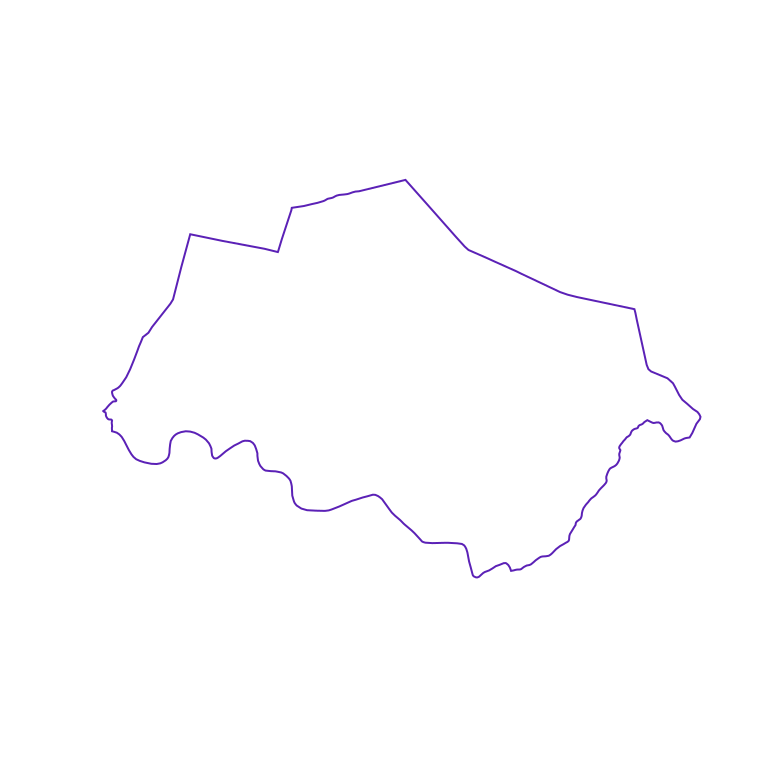 the district of Duc Hue, Long An, Vietnam, rotated 142°
{"feature_id": "81297802B23772600550478", "entity_name": "Duc Hue", "entity_type": "district", "adm_level": 2, "iso_a3": "VNM", "parent_name": "Vietnam", "parent_adm1": "Long An", "projection": "orthographic", "projection_center": [106.28, 10.865], "detail": "fine", "context": "isolated", "style": "outline", "palette": "violet", "viewbox_px": 768, "rotation_deg": 142, "n_neighbors": 0, "source": "geoboundaries", "source_scale": "gbopen_adm2", "svg_char_len": 5458}
<svg xmlns="http://www.w3.org/2000/svg" viewBox="0 0 768 768"><g transform="rotate(142 384 384)"><path d="M627.4,514.2L626.4,512.9L624.5,510.1L623.6,507.2L623.3,504.3L623.3,503.4L623.8,498.9L624.5,495.4L625.7,489.1L626.3,484.1L626.3,480.8L625.6,477.3L623.8,473.8L621.0,469.7L616.5,464.4L612.4,460.9L609.1,459.2L606.7,458.6L603.0,458.3L600.7,458.5L599.0,459.1L597.4,460.2L595.5,461.8L592.9,464.8L589.7,468.1L587.1,470.4L584.0,471.7L581.4,472.3L579.2,472.4L576.9,472.1L573.5,471.0L569.3,468.8L566.0,465.8L563.3,462.2L561.7,459.0L559.4,453.1L558.6,449.8L558.4,445.0L559.0,442.0L559.8,439.3L561.7,436.6L563.5,433.4L563.7,432.2L563.7,431.2L563.7,430.4L563.5,430.0L563.0,429.3L562.3,428.8L561.4,428.4L560.2,428.2L557.4,428.1L550.1,428.4L545.0,428.1L543.6,428.0L539.8,427.7L535.6,426.8L530.9,426.0L528.6,425.0L526.1,422.9L524.6,421.3L523.6,418.3L523.6,416.1L523.7,415.0L524.8,411.4L526.4,407.4L528.0,405.3L530.5,401.1L531.5,397.8L531.9,395.5L531.7,392.1L531.6,391.1L531.3,390.2L530.7,388.8L529.1,387.2L526.7,384.9L523.3,382.0L521.8,380.3L519.5,377.6L518.5,375.7L517.5,371.7L517.1,368.4L517.1,366.9L517.3,365.3L518.4,362.6L519.6,360.2L525.0,352.5L527.1,347.3L527.6,345.6L527.7,343.5L527.6,341.9L525.8,336.7L522.3,331.9L515.4,325.9L508.7,320.4L505.5,318.5L505.3,318.4L502.6,317.4L494.6,315.0L482.0,311.9L481.0,311.6L477.3,310.1L470.7,307.7L466.1,305.7L460.9,303.6L459.1,302.0L457.7,299.4L457.0,297.2L456.4,294.3L456.5,292.2L456.9,282.0L457.0,277.9L456.4,273.4L455.1,267.1L454.9,265.7L454.5,262.0L454.2,260.3L452.4,251.7L451.8,247.7L451.1,238.9L451.0,236.6L450.4,235.3L449.1,233.5L443.8,228.8L434.5,221.9L431.6,219.7L424.4,213.4L421.1,210.0L420.2,207.6L420.2,206.0L420.6,203.6L422.0,199.9L426.2,191.8L428.6,186.0L431.1,180.2L431.8,178.4L431.6,176.9L430.5,174.9L429.5,174.1L427.8,173.6L425.3,173.8L422.2,174.0L420.4,173.8L416.0,172.4L412.1,171.9L408.0,171.6L404.5,170.4L399.9,169.1L398.4,168.0L398.0,167.3L397.5,164.9L397.8,161.9L398.9,158.5L396.4,157.2L395.1,156.7L393.7,156.0L392.6,155.3L391.7,154.6L391.0,154.1L389.9,153.7L388.7,153.7L386.5,153.7L384.8,153.4L383.3,153.1L380.8,151.8L379.1,151.4L375.7,151.5L373.1,151.7L370.5,151.6L368.6,151.5L367.0,151.3L365.4,150.6L362.5,148.6L359.9,147.2L357.9,147.0L355.8,147.1L350.2,147.9L345.1,147.9L341.3,147.3L338.1,146.9L336.6,146.6L335.2,146.7L334.5,147.0L333.7,147.7L332.9,148.6L331.4,150.2L329.8,151.3L324.7,153.2L322.4,154.1L320.0,154.9L319.1,155.7L318.6,156.2L317.8,156.7L316.3,157.0L315.2,156.9L313.9,156.9L312.4,156.8L311.3,157.2L310.4,157.7L309.3,158.5L307.5,160.4L305.5,162.0L303.1,163.4L299.2,164.6L297.0,165.0L295.8,165.2L294.1,165.7L291.4,166.2L290.0,166.2L288.7,166.1L286.1,166.1L284.5,166.4L282.2,167.1L280.2,167.8L277.3,168.3L273.9,168.7L272.6,168.9L270.2,169.4L268.9,170.0L268.3,170.5L267.8,171.1L267.0,172.7L265.9,174.1L263.2,175.9L261.0,177.1L258.8,178.0L257.7,178.2L256.1,178.0L254.8,177.7L252.8,177.3L250.8,177.3L249.0,177.7L246.0,179.0L244.4,180.1L243.5,181.0L242.3,183.3L241.4,184.3L240.3,185.0L239.1,185.8L238.7,186.1L238.4,186.5L238.4,187.2L238.1,188.7L237.7,189.2L237.5,189.4L236.4,190.0L234.4,190.6L232.6,191.0L230.5,191.6L228.4,191.9L226.8,192.3L225.5,192.6L224.3,192.4L222.7,192.3L221.2,192.5L220.6,192.8L219.7,193.4L218.6,194.0L217.6,194.4L217.1,194.5L215.2,194.5L213.9,194.2L212.8,193.7L212.1,193.4L211.2,193.2L210.4,193.5L209.9,193.9L209.1,194.2L208.3,194.2L207.4,194.1L206.4,193.7L205.6,193.5L205.0,193.4L204.3,193.4L202.3,193.7L198.8,193.4L196.6,188.8L195.8,187.5L194.6,186.7L192.9,185.9L191.2,184.6L190.6,183.4L190.4,182.1L190.4,180.1L191.4,177.4L192.1,175.7L192.2,174.1L192.0,171.7L191.3,169.1L191.2,167.1L191.4,164.4L191.4,162.7L191.1,161.3L190.5,160.3L190.1,159.7L189.7,159.1L187.6,157.9L185.0,157.0L180.8,156.1L179.1,155.4L176.1,153.7L171.2,155.6L162.3,160.3L156.7,161.8L154.8,163.3L154.2,166.0L154.2,169.0L155.9,174.1L157.3,181.8L158.6,187.9L158.2,193.6L156.4,202.9L155.8,206.7L157.1,214.0L165.8,229.4L166.5,232.9L165.2,237.4L145.3,278.9L142.1,285.3L140.6,288.8L178.3,333.6L184.3,341.3L186.5,344.7L188.7,348.1L207.7,385.9L210.4,391.5L221.1,411.7L225.1,419.4L234.9,437.6L235.8,442.7L236.8,456.5L239.3,497.9L241.4,530.9L241.4,531.6L285.1,551.3L288.0,553.2L290.8,554.4L293.9,555.4L295.9,556.2L298.6,557.8L302.8,560.5L305.3,561.6L307.1,562.0L308.5,562.2L309.6,562.4L311.1,563.0L314.1,564.5L314.9,564.7L316.5,564.9L317.2,565.0L317.9,565.1L319.3,565.5L324.9,567.7L330.1,570.2L333.2,571.6L337.6,573.6L348.2,579.6L350.0,578.0L375.4,561.0L386.2,553.4L386.4,553.3L394.9,564.1L423.1,596.1L437.2,612.7L444.5,621.3L471.8,600.9L498.2,580.5L500.4,579.7L502.8,578.8L531.7,571.7L538.1,569.4L545.2,569.4L549.5,566.9L553.9,564.5L558.2,561.8L565.6,557.3L575.0,551.9L583.0,548.0L589.5,545.9L591.6,545.3L593.2,544.9L595.6,544.7L597.0,544.8L600.3,545.4L601.7,545.8L602.6,545.6L603.1,545.3L603.7,544.5L604.6,542.5L604.9,541.5L605.0,539.8L605.0,537.9L604.8,536.8L604.9,536.1L605.4,535.6L605.8,535.5L606.5,535.8L607.0,536.2L607.6,536.6L608.4,537.0L609.6,537.0L611.2,536.9L613.3,536.7L616.4,536.1L617.9,535.7L619.7,535.5L621.3,535.5L621.9,535.5L621.9,535.2L621.7,534.4L621.4,533.9L621.2,533.6L621.1,533.3L621.0,533.0L621.0,532.9L621.7,531.5L622.6,530.3L622.8,529.7L622.9,529.2L623.1,528.5L623.1,527.5L623.1,526.7L622.9,526.0L622.6,525.5L622.1,525.0L621.5,524.5L621.0,524.1L620.8,523.8L620.7,523.5L620.7,523.2L620.8,522.8L620.9,522.5L621.4,522.1L621.9,521.6L622.4,521.1L622.7,520.7L623.1,520.0L623.6,519.1L623.9,518.7L624.5,517.8L625.4,517.0L627.4,514.2Z" fill="none" stroke="#5b21b6" stroke-width="2"/></g></svg>